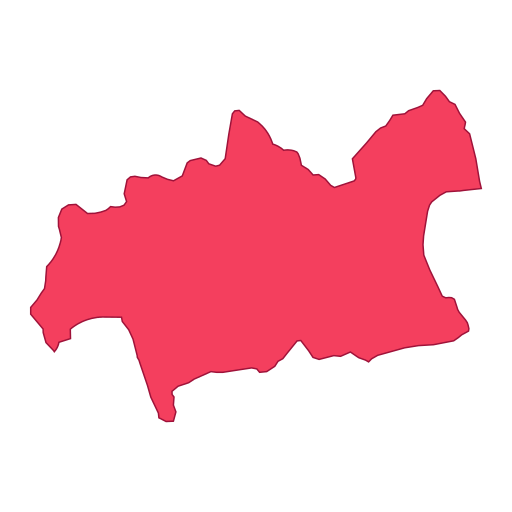 As-Sanamayn, Dar`a, Syria
{"feature_id": "27442178B3893178613366", "entity_name": "As-Sanamayn", "entity_type": "district", "adm_level": 2, "iso_a3": "SYR", "parent_name": "Syria", "parent_adm1": "Dar`a", "projection": "mercator", "projection_center": [36.188, 33.104], "detail": "fine", "context": "isolated", "style": "filled", "palette": "rose", "viewbox_px": 512, "rotation_deg": 0, "n_neighbors": 0, "source": "geoboundaries", "source_scale": "gbopen_adm2", "svg_char_len": 5850}
<svg xmlns="http://www.w3.org/2000/svg" viewBox="0 0 512 512"><path d="M190.2,160.6L187.2,162.9L182.3,175.9L173.5,180.8L167.4,179.3L161.7,176.9L161.2,176.6L160.7,176.3L160.3,176.1L160.0,176.0L159.8,175.9L159.5,175.8L159.4,175.7L159.1,175.6L158.8,175.5L158.5,175.4L158.4,175.4L158.1,175.3L157.8,175.3L157.7,175.2L157.2,175.2L156.9,175.1L156.6,175.1L156.2,175.0L155.9,175.0L155.6,175.0L155.3,175.0L155.0,175.0L154.9,175.0L154.6,175.1L154.3,175.1L154.1,175.1L153.8,175.2L153.6,175.2L153.3,175.3L153.0,175.3L152.7,175.4L152.4,175.5L152.1,175.6L151.8,175.7L151.6,175.8L151.3,175.9L151.0,176.0L150.8,176.2L150.5,176.3L150.2,176.4L150.0,176.6L149.9,176.7L149.6,176.8L149.4,177.0L149.1,177.2L148.9,177.3L148.7,177.5L148.4,177.7L148.2,177.9L140.9,177.5L134.9,176.3L130.5,176.9L127.1,179.8L124.2,193.8L126.6,201.6L124.0,205.2L119.8,206.9L115.2,207.2L110.6,206.6L108.3,208.7L105.9,210.4L100.7,212.1L95.0,213.3L87.5,213.5L76.0,204.4L68.5,204.9L61.8,209.1L58.4,217.5L58.5,226.4L59.4,229.3L61.4,237.6L61.3,238.2L61.1,238.9L61.0,239.9L60.8,240.9L60.6,241.5L60.5,241.8L60.4,242.5L60.2,243.1L60.1,243.4L59.9,244.1L59.8,244.4L59.7,244.7L59.5,245.4L59.3,246.0L59.1,246.6L59.0,247.0L58.8,247.6L58.7,247.9L58.5,248.2L58.3,248.8L58.2,249.1L57.9,249.8L57.8,250.1L57.5,250.7L57.3,251.3L57.1,251.6L56.8,252.2L56.7,252.5L56.5,252.8L56.4,253.1L56.1,253.7L55.8,254.3L55.5,254.9L55.3,255.2L55.0,255.7L54.6,256.3L54.3,256.9L53.9,257.5L53.6,258.0L53.2,258.6L52.9,259.1L52.5,259.7L52.1,260.2L51.7,260.8L51.5,261.0L51.1,261.6L50.7,262.1L50.3,262.6L49.8,263.1L49.4,263.6L49.2,263.9L48.8,264.4L48.3,264.9L47.9,265.4L47.6,265.6L47.2,266.1L46.7,266.6L45.9,276.7L45.7,280.8L44.5,288.6L41.2,293.2L37.0,300.0L30.7,307.4L30.7,314.2L43.1,329.0L43.2,332.6L46.0,342.6L53.6,350.6L54.3,351.7L54.6,351.3L54.8,351.1L55.0,350.9L55.2,350.6L55.4,350.4L55.6,350.1L55.8,349.8L56.0,349.6L56.2,349.2L56.4,349.0L56.5,348.7L56.7,348.4L56.9,348.1L57.0,347.9L57.2,347.6L57.3,347.3L57.4,347.0L57.6,346.7L57.7,346.4L57.8,346.1L58.0,345.7L58.1,345.4L58.2,345.1L58.3,344.8L58.4,344.5L58.5,344.2L58.6,343.9L58.6,343.6L58.7,343.2L58.8,342.9L58.8,342.6L58.9,342.3L70.5,338.6L70.3,329.2L70.6,328.9L71.0,328.6L71.5,328.2L72.0,327.8L72.3,327.5L72.7,327.3L73.2,326.9L73.6,326.6L73.9,326.4L74.5,326.0L75.0,325.6L75.6,325.3L76.1,324.9L76.5,324.7L76.8,324.5L77.4,324.1L78.0,323.8L78.3,323.6L78.7,323.4L79.3,323.1L79.7,322.9L80.1,322.7L80.5,322.5L81.1,322.2L81.6,321.9L82.0,321.7L82.6,321.5L83.0,321.3L83.6,321.0L84.0,320.9L84.6,320.6L85.0,320.5L85.5,320.3L86.1,320.1L86.5,319.9L87.1,319.7L87.5,319.6L88.1,319.4L88.8,319.2L89.6,319.0L90.0,318.9L90.5,318.7L91.0,318.6L91.6,318.4L92.1,318.3L92.7,318.2L93.2,318.1L93.8,318.0L94.3,317.9L94.8,317.8L95.4,317.7L95.9,317.6L96.5,317.5L97.0,317.4L97.7,317.3L98.4,317.3L99.1,317.2L99.8,317.1L100.5,317.1L101.2,317.1L101.9,317.0L102.7,317.0L121.5,317.2L122.3,321.5L128.7,329.7L133.0,339.0L137.2,355.6L137.3,357.3L139.0,360.2L139.9,363.1L147.5,385.5L150.8,397.1L158.4,413.1L158.9,417.8L166.1,421.5L173.4,421.2L175.9,411.9L173.4,405.1L174.0,397.0L172.1,394.5L172.0,391.3L178.1,386.2L188.7,382.7L194.1,379.1L210.9,371.6L216.6,372.3L222.9,372.3L236.5,370.2L251.6,367.9L256.8,368.9L259.6,372.3L266.7,371.6L274.8,366.3L278.0,361.3L282.8,358.7L287.2,353.1L297.1,340.9L300.8,340.5L308.7,350.8L313.0,357.4L319.1,359.4L333.8,355.6L340.6,356.3L350.4,352.0L357.1,356.6L358.0,357.2L359.0,357.8L365.5,360.1L368.6,361.9L371.6,358.8L377.7,355.3L404.7,347.8L418.5,345.6L433.5,344.7L453.7,340.8L458.3,337.6L461.7,334.8L468.5,331.1L468.9,328.7L468.1,325.2L467.3,322.7L465.6,320.1L459.2,312.3L457.6,309.4L457.1,307.6L454.4,299.3L451.6,297.7L448.9,297.5L445.7,297.8L442.5,296.3L442.1,295.9L437.8,286.6L429.8,270.0L426.8,262.6L423.8,255.1L423.0,244.7L423.6,235.9L427.6,211.2L429.6,205.0L431.8,201.8L439.9,195.3L446.3,191.8L457.9,191.0L459.5,191.0L463.7,190.4L476.6,189.0L481.3,188.5L479.6,181.4L475.8,158.7L469.6,133.8L464.2,128.7L464.4,127.9L464.5,127.1L464.7,126.3L464.9,125.5L465.1,124.6L465.2,123.8L465.4,123.0L465.5,122.1L459.5,113.3L455.0,104.4L449.4,101.7L445.5,96.3L439.8,90.5L433.3,90.8L426.7,98.6L422.7,105.3L417.7,107.5L408.6,110.7L404.8,113.8L392.9,115.2L389.7,120.5L385.8,126.0L380.6,128.0L375.9,131.7L366.6,142.9L352.4,158.8L355.9,178.0L355.6,179.2L354.2,180.9L334.4,187.5L330.6,185.3L325.2,179.0L318.7,174.6L313.1,175.0L308.2,169.5L301.4,165.3L299.9,158.2L298.1,153.7L296.8,152.0L293.9,150.8L293.5,150.7L293.1,150.6L292.7,150.5L292.2,150.4L291.8,150.3L291.3,150.2L290.9,150.2L290.5,150.1L290.1,150.1L289.7,150.0L289.3,150.0L288.9,150.0L288.3,149.9L287.9,149.9L287.5,149.9L287.1,149.9L286.7,149.9L286.3,150.0L285.9,150.0L285.4,150.0L285.0,150.1L284.6,150.1L284.1,150.2L283.7,150.3L283.4,150.0L283.1,149.8L282.8,149.5L282.5,149.3L282.1,148.9L281.8,148.7L281.5,148.5L281.2,148.2L280.9,148.0L280.6,147.8L280.2,147.6L279.9,147.4L279.6,147.2L279.3,147.0L278.9,146.8L278.6,146.6L278.3,146.4L277.9,146.2L277.6,146.0L277.2,145.9L276.9,145.7L276.4,145.5L276.1,145.3L275.7,145.2L275.3,145.0L274.9,144.8L274.5,144.7L274.1,144.6L273.8,144.4L273.4,144.3L273.1,144.2L272.7,144.1L272.5,143.5L272.4,143.0L272.3,142.8L272.1,142.2L271.8,141.5L271.7,141.2L271.5,140.7L271.3,140.2L271.1,139.7L271.0,139.4L270.8,138.9L270.5,138.4L270.3,137.9L270.2,137.7L269.9,137.2L269.8,136.9L269.6,136.4L269.3,135.9L269.2,135.7L268.9,135.2L268.6,134.7L268.4,134.2L268.2,134.0L268.1,133.8L267.8,133.3L267.5,132.8L267.3,132.6L267.0,132.1L266.7,131.7L266.3,131.0L265.9,130.6L265.6,130.1L265.3,129.7L265.1,129.5L264.8,129.0L264.4,128.6L264.2,128.4L264.1,128.2L263.7,127.8L263.3,127.4L262.8,126.7L262.4,126.3L262.0,125.9L261.6,125.5L261.0,125.0L260.6,124.6L260.2,124.2L259.6,123.7L259.2,123.3L258.6,122.8L258.2,122.4L257.5,121.9L245.3,116.1L239.2,110.4L234.7,110.9L232.4,113.8L228.8,134.3L225.2,158.7L219.6,165.2L215.7,166.2L208.8,163.8L206.3,160.4L201.0,158.0L190.2,160.6Z" fill="#f43f5e" stroke="#9f1239" stroke-width="1.5"/></svg>